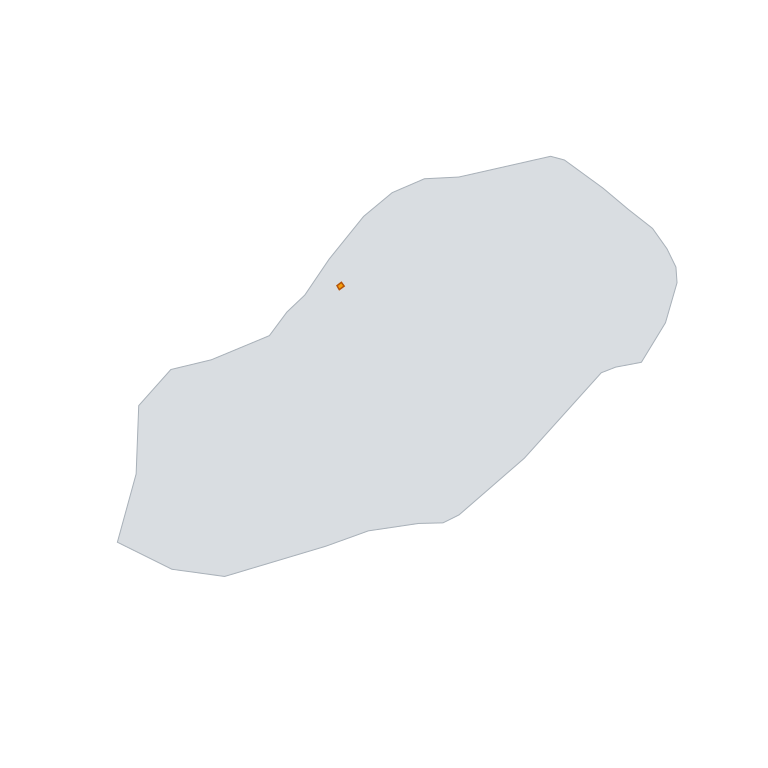 36, Ar Rayyān, Qatar (highlighted), rotated 234°
{"feature_id": "91078587B22410322487846", "entity_name": "36", "entity_type": "district", "adm_level": 2, "iso_a3": "QAT", "parent_name": "Qatar", "parent_adm1": "Ar Rayyān", "projection": "orthographic", "projection_center": [51.481, 25.302], "detail": "fine", "context": "in_parent", "style": "filled", "palette": "amber", "viewbox_px": 768, "rotation_deg": 234, "n_neighbors": 0, "source": "geoboundaries", "source_scale": "gbopen_adm2", "svg_char_len": 736}
<svg xmlns="http://www.w3.org/2000/svg" viewBox="0 0 768 768"><g transform="rotate(234 384 384)"><path d="M413.7,676.3L381.9,684.2L352.0,692.7L327.0,692.4L307.0,688.9L293.7,680.6L268.1,647.7L250.3,605.0L261.5,581.3L265.4,566.4L241.5,454.0L234.0,367.8L237.0,350.1L251.0,329.8L274.4,285.0L286.9,241.8L322.0,141.9L358.8,103.5L412.7,75.3L456.9,130.6L510.7,172.9L521.0,220.1L505.1,258.5L490.5,319.7L499.3,347.8L502.5,372.2L517.3,413.1L531.6,466.1L534.0,503.1L526.3,537.3L507.5,566.1L470.3,652.6L459.2,661.6L413.7,676.3Z" fill="#d9dde1" stroke="#a8b0b8" stroke-width="1"/><path d="M491.2,403.8L490.9,403.8L489.7,403.6L487.7,403.4L486.6,403.3L486.6,409.3L491.3,409.3L491.2,403.8Z" fill="#f59e0b" stroke="#b45309" stroke-width="1.5"/></g></svg>